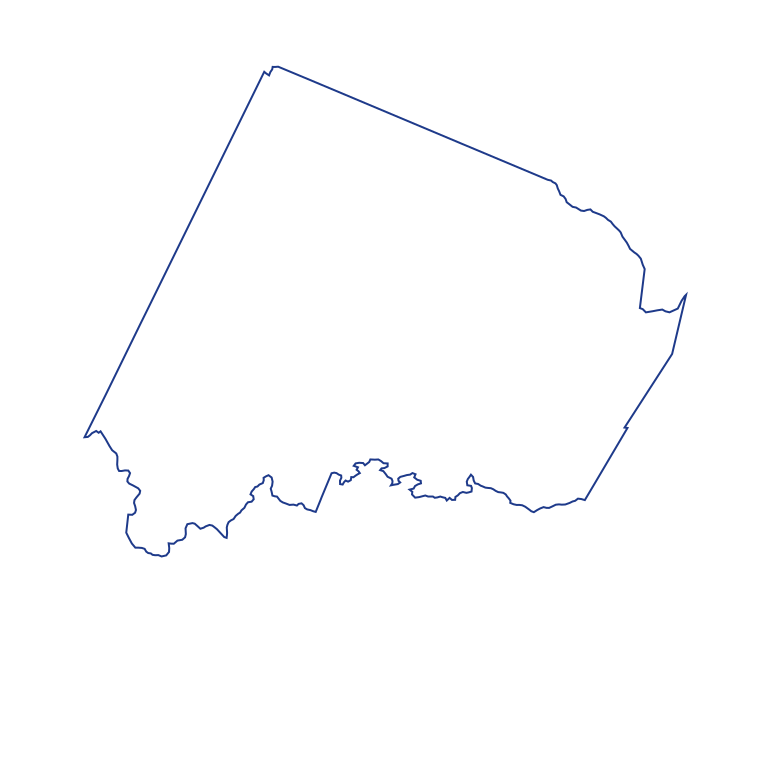 the district of Formosa da Serra Negra, Maranhão, Brazil, rotated 26°
{"feature_id": "56859067B92556149898263", "entity_name": "Formosa da Serra Negra", "entity_type": "district", "adm_level": 2, "iso_a3": "BRA", "parent_name": "Brazil", "parent_adm1": "Maranhão", "projection": "albers", "projection_center": [-46.127, -6.579], "detail": "fine", "context": "isolated", "style": "outline", "palette": "blue", "viewbox_px": 768, "rotation_deg": 26, "n_neighbors": 0, "source": "geoboundaries", "source_scale": "gbopen_adm2", "svg_char_len": 4281}
<svg xmlns="http://www.w3.org/2000/svg" viewBox="0 0 768 768"><g transform="rotate(26 384 384)"><path d="M616.4,171.4L615.7,173.4L615.4,175.9L615.0,178.7L615.0,182.8L615.0,187.4L609.2,194.4L605.1,195.3L601.5,195.1L597.3,198.0L593.6,200.8L588.0,204.8L583.7,203.3L580.7,203.6L567.9,166.4L564.3,163.4L562.4,161.4L559.9,158.8L556.5,157.2L554.0,156.4L551.2,156.0L545.9,154.7L543.5,152.8L540.3,150.5L533.7,147.0L530.3,144.0L528.1,143.0L524.9,142.0L522.2,141.2L519.4,140.0L516.7,138.6L513.4,138.3L510.7,137.4L508.1,136.9L503.4,137.0L499.1,137.4L496.1,137.7L493.0,136.6L490.4,138.4L488.0,140.8L485.0,141.8L479.3,141.2L475.8,142.1L472.3,141.3L468.5,140.5L466.1,138.1L463.2,136.6L459.7,136.6L456.8,133.9L454.5,132.1L452.1,129.5L450.1,128.5L447.1,128.5L445.0,127.9L441.6,128.7L348.1,134.0L196.2,142.5L168.5,144.1L149.8,145.2L147.1,146.8L144.9,147.8L145.6,150.2L145.1,153.5L145.4,157.0L141.8,156.5L139.5,155.9L138.8,417.7L138.7,436.1L138.6,515.0L138.2,563.1L141.0,561.4L142.2,559.0L143.1,556.2L145.9,552.4L148.9,552.9L150.0,550.8L152.5,552.3L157.5,555.3L164.6,560.2L168.7,562.7L173.8,563.8L176.2,566.1L177.6,569.0L179.5,573.4L181.7,576.6L184.0,578.3L186.2,577.3L189.1,575.2L192.1,573.9L194.8,575.4L195.2,578.6L195.1,581.7L196.1,584.1L198.6,585.2L202.9,585.2L208.8,585.5L211.7,586.9L212.4,589.7L211.2,594.5L210.6,597.7L211.5,600.5L213.9,602.9L216.3,606.0L216.7,608.8L215.1,611.9L211.4,613.5L217.5,630.6L221.9,634.0L227.3,637.9L232.2,640.1L235.2,638.7L238.2,637.5L241.1,637.1L243.8,638.9L246.2,639.3L248.7,638.5L250.8,639.0L253.4,638.2L256.2,636.7L259.7,636.5L263.4,633.5L264.4,629.2L262.9,625.6L260.3,621.6L262.7,620.8L265.1,619.7L267.0,615.3L271.0,612.4L272.4,609.0L271.7,605.8L268.9,600.7L268.7,596.2L272.8,593.0L275.1,592.5L278.7,593.5L282.4,594.6L284.9,592.2L286.1,590.2L288.9,587.2L291.7,586.5L294.3,587.0L297.4,587.7L307.5,591.6L310.0,591.3L309.2,589.0L308.3,586.7L307.0,584.4L305.6,581.9L305.0,579.3L304.9,576.3L306.2,573.7L308.0,571.3L308.5,567.6L309.8,564.6L311.0,562.7L311.3,560.0L312.8,556.5L312.8,552.8L313.6,549.9L316.6,547.8L317.4,544.7L315.6,542.1L312.4,541.7L312.2,538.7L313.1,535.4L313.4,533.1L315.2,531.6L316.1,529.0L318.5,526.2L318.1,523.2L316.9,521.1L318.5,518.6L320.2,516.6L324.0,517.3L326.7,520.6L328.0,524.5L328.1,527.8L329.7,529.5L331.1,531.2L332.6,533.2L335.1,532.8L337.2,532.1L339.8,533.4L342.0,534.5L345.0,534.8L348.4,534.4L352.1,534.1L355.5,532.1L359.0,531.4L359.8,529.2L362.2,527.4L364.9,528.2L367.3,530.2L369.9,530.4L373.2,529.6L376.1,529.4L378.7,528.9L377.8,515.8L377.6,513.6L376.0,487.2L378.1,485.5L380.4,484.9L383.0,485.3L385.6,485.0L386.8,487.0L386.8,490.1L388.4,493.2L390.9,492.5L391.1,489.8L391.8,487.6L394.5,487.5L396.3,485.0L395.4,482.0L397.4,481.2L398.7,478.7L399.9,476.7L401.3,474.7L399.3,473.6L397.0,473.1L397.1,470.3L392.7,470.8L393.3,467.8L396.2,465.7L399.9,464.2L402.5,465.4L404.9,460.6L404.8,457.8L409.0,456.0L412.0,454.3L415.2,454.6L418.3,455.4L422.1,453.8L423.4,456.5L421.2,459.4L418.8,460.9L418.3,463.1L421.6,462.6L425.0,464.2L427.9,465.8L432.3,465.8L434.2,467.5L435.0,469.7L434.7,472.0L437.2,470.1L440.3,467.9L441.7,465.4L439.4,464.6L438.3,462.8L439.4,460.3L442.2,457.9L444.5,455.8L447.2,454.0L448.6,451.6L451.9,451.3L452.1,454.7L455.9,455.5L459.4,454.9L460.8,457.1L458.4,459.4L456.6,462.1L456.5,465.0L453.3,467.7L456.7,468.5L457.6,471.0L461.8,472.5L465.1,470.3L467.9,467.9L470.0,466.1L473.0,465.8L477.3,463.7L479.5,464.0L481.6,462.6L483.9,460.5L486.4,460.1L489.0,459.5L491.5,461.2L492.9,457.6L495.9,458.4L498.7,456.9L497.7,454.2L499.2,451.7L500.1,448.8L502.2,446.5L505.8,445.7L507.5,444.4L509.8,442.3L508.6,439.0L506.9,437.4L503.3,438.5L501.2,435.5L501.0,432.7L501.5,430.2L501.9,427.4L504.8,428.5L507.0,431.5L509.5,433.4L512.4,432.6L515.5,433.0L517.6,432.8L520.5,432.7L523.1,431.8L525.7,430.8L528.4,430.7L531.2,431.1L534.0,431.1L536.6,430.2L539.0,429.5L541.9,429.9L543.9,431.1L546.3,432.1L548.8,433.4L549.6,435.5L553.1,435.3L556.1,434.6L558.5,433.4L561.4,432.4L564.8,432.4L569.4,433.2L572.2,433.8L574.9,433.5L576.9,430.2L579.0,427.3L581.4,424.7L584.3,424.1L586.7,423.0L589.3,419.8L591.3,417.2L594.0,415.5L596.7,414.5L599.8,412.8L603.0,409.5L605.0,406.9L607.0,405.2L608.6,402.0L611.8,400.9L615.4,400.3L617.1,379.6L622.1,316.8L619.3,317.7L620.5,308.0L624.9,271.3L629.8,230.7L616.4,171.4Z" fill="none" stroke="#1e3a8a" stroke-width="2"/></g></svg>